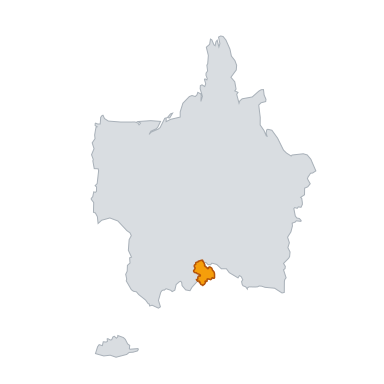 France, with Haute-Savoie highlighted, rotated 79°
{"feature_id": "FRA-5302", "entity_name": "Haute-Savoie", "entity_type": "Metropolitan department", "adm_level": 1, "iso_a3": "FRA", "parent_name": "France", "parent_adm1": "", "projection": "robinson", "projection_center": [6.477, 46.07], "detail": "fine", "context": "in_parent", "style": "filled", "palette": "amber", "viewbox_px": 384, "rotation_deg": 79, "n_neighbors": 0, "source": "natural_earth", "source_scale": "10m", "svg_char_len": 5517}
<svg xmlns="http://www.w3.org/2000/svg" viewBox="0 0 384 384"><g transform="rotate(79 192 192)"><path d="M297.8,156.2L295.3,157.4L293.8,159.8L292.2,160.4L289.3,160.4L287.9,158.9L284.5,159.8L283.1,161.4L285.1,163.2L278.3,170.8L273.9,172.9L273.0,177.8L267.8,181.6L265.9,185.5L265.7,186.3L267.0,187.6L266.4,190.1L263.8,191.8L263.8,193.4L264.6,193.6L268.6,192.3L270.1,190.8L269.3,188.7L273.4,186.2L280.6,186.8L281.4,190.2L280.5,193.1L285.7,199.2L281.2,202.1L280.9,204.0L285.5,210.2L288.5,212.8L286.9,216.9L282.0,219.6L278.8,219.4L277.5,220.1L277.6,221.4L279.8,225.2L285.1,227.6L286.0,230.5L284.5,231.5L282.0,235.9L283.1,238.1L282.7,239.0L283.2,240.5L284.6,241.9L292.0,245.6L298.7,244.9L299.6,247.1L295.5,252.8L295.8,255.3L293.7,255.4L293.3,256.3L289.2,258.2L282.5,263.9L279.4,265.6L278.2,268.5L276.3,270.2L266.7,273.5L264.9,272.7L260.2,272.8L257.3,270.7L251.7,269.4L249.9,266.4L244.7,265.8L244.4,263.8L237.1,265.6L226.8,262.8L223.2,259.9L220.2,260.7L217.5,263.3L206.3,270.3L201.8,277.6L202.5,286.1L205.0,290.2L198.2,289.6L194.2,290.8L193.1,292.6L183.6,290.5L180.0,292.3L179.0,292.1L177.8,290.4L173.1,288.4L173.9,287.0L173.2,285.7L168.8,284.7L167.3,285.9L165.7,283.5L153.3,279.6L151.3,279.7L150.4,283.5L142.5,283.4L141.3,282.7L136.2,283.5L130.8,279.9L124.7,280.6L121.1,277.0L117.5,276.7L112.4,274.8L110.1,273.8L109.9,272.7L108.3,274.4L106.4,274.0L106.0,273.5L107.3,271.5L107.7,269.1L101.3,267.4L99.7,265.6L99.7,264.7L103.2,263.9L106.4,260.6L109.7,248.7L112.4,234.6L114.0,231.9L116.0,231.2L114.5,229.3L112.5,231.8L114.1,218.9L116.7,209.4L121.9,213.3L123.1,215.0L124.4,220.7L127.3,223.1L125.5,220.8L123.8,213.2L122.7,211.0L114.5,204.7L114.3,203.2L118.0,204.0L116.6,199.2L116.2,189.3L111.1,188.3L103.1,184.0L97.8,176.4L97.3,173.6L98.9,170.6L97.6,168.6L95.3,167.3L97.3,164.7L98.9,164.5L104.8,166.0L100.1,163.5L92.2,164.3L89.2,163.5L88.7,161.7L90.9,159.4L88.4,157.9L83.9,158.3L83.4,157.7L84.8,156.0L83.7,155.4L80.0,156.0L78.0,155.5L76.2,153.6L70.3,153.2L69.1,152.1L61.1,149.9L52.6,150.3L50.4,146.5L45.4,144.7L46.5,143.5L51.7,142.4L52.8,141.4L49.1,139.8L47.8,138.3L54.7,137.9L51.7,136.3L45.0,136.4L44.3,134.1L45.3,131.8L49.3,129.7L59.0,127.5L66.1,127.4L71.2,124.8L76.1,124.0L80.7,125.3L86.8,131.9L91.9,129.0L99.4,129.1L100.9,130.7L103.0,127.8L104.6,129.5L113.8,128.9L111.7,127.7L110.1,125.0L110.2,114.7L105.8,107.3L104.8,104.6L105.1,102.3L110.6,102.7L115.1,101.7L117.3,102.4L117.6,107.2L119.4,109.9L131.9,110.8L139.2,112.3L145.4,109.6L151.1,108.4L151.6,107.7L148.3,108.0L145.3,106.8L144.9,105.6L146.6,101.8L155.5,97.7L168.3,94.2L171.7,91.9L175.6,87.8L174.8,86.7L175.7,75.5L177.6,71.8L182.5,69.1L194.9,66.4L196.4,70.0L196.2,72.0L199.4,75.2L201.0,76.2L206.5,74.4L209.0,77.4L209.7,80.7L216.2,82.1L218.0,86.4L219.2,85.5L223.3,85.7L225.2,86.0L227.8,87.9L226.9,90.5L228.1,91.8L226.9,94.2L227.7,95.2L235.2,95.2L237.5,94.1L238.5,91.7L240.8,90.3L241.6,90.7L240.2,95.2L241.2,96.4L241.7,99.6L244.5,99.9L250.0,102.5L254.6,106.8L260.4,106.1L264.9,108.5L269.6,107.2L274.0,108.5L275.5,109.8L279.6,115.8L282.8,114.6L285.0,115.3L285.8,117.0L294.2,116.0L295.7,117.7L297.5,118.4L308.2,120.6L308.3,122.9L302.2,129.3L299.5,138.5L297.7,141.7L297.1,144.1L297.6,145.7L297.3,148.2L296.0,154.1L296.7,155.9L297.8,156.2ZM338.0,280.5L337.5,284.3L339.0,287.1L339.7,298.1L336.6,303.4L336.1,309.9L332.2,317.6L325.9,314.2L324.1,312.3L325.7,309.3L322.1,307.7L322.9,304.9L322.5,303.5L320.0,303.3L319.9,302.6L321.7,300.4L321.7,299.0L319.2,297.3L318.8,295.8L321.1,294.1L320.0,292.5L318.7,292.2L321.8,287.1L323.9,285.6L328.8,284.2L330.7,282.4L333.9,283.4L334.5,282.9L335.4,274.9L336.5,274.8L337.6,275.9L338.0,280.5ZM115.1,199.8L114.3,202.0L111.2,198.2L110.9,196.0L115.1,199.8Z" fill="#d9dde1" stroke="#a8b0b8" stroke-width="1"/><path d="M285.7,199.2L285.4,199.4L285.2,199.6L285.0,199.9L284.9,200.3L284.6,200.7L284.2,201.0L283.7,201.2L283.3,201.3L282.7,201.3L282.6,201.5L282.4,201.8L282.3,201.6L282.2,201.5L281.4,201.6L281.1,201.8L280.8,202.2L280.7,202.6L280.7,203.1L280.7,203.4L279.2,204.3L278.8,204.3L278.9,203.5L278.6,203.0L277.9,202.7L277.0,202.6L276.6,202.4L275.9,201.8L275.7,201.4L275.8,201.0L276.1,200.7L276.1,200.3L276.1,200.1L275.7,199.8L275.5,199.7L275.3,199.7L275.1,199.7L274.1,200.7L273.8,201.2L273.3,202.2L273.1,202.5L272.1,203.2L272.1,203.4L271.7,204.5L271.3,205.0L270.8,205.3L270.3,205.5L269.7,205.5L269.5,205.4L268.5,204.3L267.9,203.8L267.3,203.5L266.6,203.5L266.4,203.6L266.1,203.9L265.9,203.9L265.4,204.0L264.9,203.9L264.5,203.7L264.3,203.6L264.1,203.4L264.0,203.1L263.9,202.6L263.8,202.4L263.5,202.1L262.7,202.0L262.3,201.9L262.0,201.6L261.9,201.2L261.7,199.3L261.5,199.0L261.1,198.9L261.1,198.1L260.8,196.0L260.8,194.9L261.2,194.5L261.5,194.6L261.6,194.8L261.8,194.9L262.1,194.8L262.2,194.6L262.5,194.2L262.8,194.0L263.3,194.0L263.5,194.0L264.1,193.7L265.0,193.5L266.0,193.5L266.7,193.7L267.4,193.4L268.4,192.4L269.7,191.6L270.3,191.1L270.2,190.5L269.7,190.6L269.4,190.4L269.2,190.0L269.2,189.9L269.0,189.4L268.9,189.3L268.9,189.2L269.0,188.8L269.4,188.3L270.0,187.6L270.7,187.1L271.3,187.0L272.0,186.9L272.7,186.8L274.5,185.7L275.8,185.5L277.2,185.6L280.3,186.2L280.6,186.4L280.8,186.6L280.8,186.9L280.8,187.1L280.7,187.6L280.1,188.1L280.0,188.4L280.4,189.0L281.2,189.7L281.6,190.4L280.9,191.6L280.5,192.5L280.3,193.4L280.5,193.8L282.2,194.2L282.5,194.4L282.5,194.6L282.3,194.8L282.2,195.0L282.2,195.4L282.2,195.6L282.2,195.9L282.1,196.0L282.3,196.2L282.5,196.2L282.8,195.9L283.0,195.9L283.5,196.1L284.9,197.4L285.0,197.5L285.0,197.8L285.3,198.3L285.4,198.8L285.5,199.0L285.7,199.2Z" fill="#f59e0b" stroke="#b45309" stroke-width="1.5"/></g></svg>